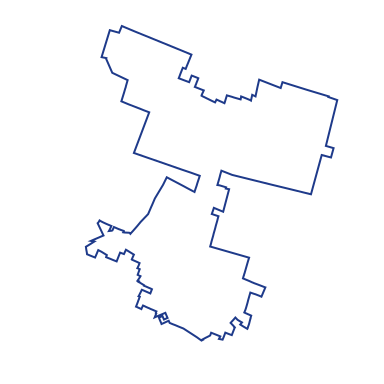 Escárcega, Campeche, Mexico, rotated 286°
{"feature_id": "50627088B69816273127262", "entity_name": "Escárcega", "entity_type": "district", "adm_level": 2, "iso_a3": "MEX", "parent_name": "Mexico", "parent_adm1": "Campeche", "projection": "orthographic", "projection_center": [-90.697, 18.582], "detail": "fine", "context": "isolated", "style": "outline", "palette": "blue", "viewbox_px": 384, "rotation_deg": 286, "n_neighbors": 0, "source": "geoboundaries", "source_scale": "gbopen_adm2", "svg_char_len": 5666}
<svg xmlns="http://www.w3.org/2000/svg" viewBox="0 0 384 384"><g transform="rotate(286 192 192)"><path d="M58.2,258.4L58.5,262.1L60.9,262.4L62.0,262.5L63.4,262.6L66.0,262.8L65.6,266.9L65.4,269.7L68.9,270.0L70.0,270.1L73.0,270.4L73.3,270.1L73.7,270.4L75.0,268.3L76.3,266.1L76.8,265.2L78.1,265.8L80.7,267.1L83.3,268.3L81.7,271.0L81.1,273.1L80.4,276.0L77.9,274.9L76.8,278.7L75.7,282.9L76.8,283.1L77.5,283.0L78.8,283.1L80.2,283.2L81.5,283.2L84.5,283.1L86.9,283.1L87.0,283.0L89.5,283.0L89.9,280.1L90.0,279.2L90.2,278.1L90.2,277.9L90.4,276.4L90.5,276.2L90.6,275.5L93.3,275.8L95.5,275.9L97.3,275.9L99.4,275.9L100.8,275.9L103.4,275.8L105.5,275.8L107.1,275.8L108.5,275.8L111.4,275.8L111.2,279.9L111.2,281.1L111.1,282.1L110.8,285.3L110.5,287.6L112.9,287.9L115.5,288.2L117.8,288.5L120.5,288.8L120.5,288.6L121.0,283.1L121.3,279.5L121.5,276.6L121.6,276.2L121.8,274.1L122.0,273.1L122.3,270.9L122.6,268.2L123.0,264.8L125.6,264.8L126.5,264.9L127.3,264.8L128.2,264.9L129.1,264.9L130.6,264.9L134.9,264.9L137.0,264.9L138.9,264.9L140.6,264.9L144.6,265.0L144.6,254.4L144.6,240.6L144.6,229.9L144.6,224.5L147.3,224.5L150.0,224.4L153.3,224.4L155.8,224.4L158.0,224.3L160.2,224.3L163.3,224.3L166.4,224.2L168.5,224.2L171.2,224.2L173.9,224.1L176.0,224.1L176.2,219.1L176.3,217.8L176.3,217.3L176.3,217.1L180.1,217.3L182.8,217.4L181.6,227.4L204.9,226.9L204.6,223.5L205.9,223.5L206.0,216.7L205.7,214.5L207.1,214.5L211.2,214.5L213.7,214.5L213.8,214.5L216.2,214.4L216.5,214.4L219.1,214.4L220.6,214.4L219.5,225.9L221.0,267.0L221.7,283.6L222.6,307.0L263.3,306.5L263.5,316.1L273.2,316.0L273.2,308.0L320.4,306.3L320.9,296.9L321.6,297.0L321.8,281.4L321.9,274.0L322.5,248.7L316.4,248.6L317.1,240.7L318.5,225.6L310.9,226.0L301.4,226.7L302.0,223.1L296.1,223.5L296.4,222.5L296.5,221.4L296.7,219.8L296.8,219.0L297.1,216.1L297.4,212.9L296.6,213.0L295.8,213.1L294.9,213.2L294.4,213.2L294.4,211.9L294.4,210.6L294.4,209.7L294.4,209.3L294.4,207.9L294.4,207.3L294.4,206.1L294.5,204.2L294.5,201.9L294.5,199.5L294.5,198.9L289.3,198.8L288.3,198.8L287.3,198.8L286.3,198.7L286.8,195.6L287.0,193.9L287.1,193.5L287.6,190.1L286.6,189.9L285.5,189.7L284.5,189.5L285.0,186.4L285.5,183.6L285.9,181.5L286.1,180.2L286.3,179.3L286.9,175.8L287.2,174.6L288.4,174.6L288.6,174.7L288.9,174.7L290.1,174.9L291.4,175.1L292.0,175.2L292.9,175.3L293.0,174.0L293.8,165.8L294.3,165.9L294.8,165.9L295.4,166.0L295.9,166.0L296.4,166.1L297.0,166.2L297.8,166.2L299.0,166.3L300.6,166.5L303.1,166.7L303.2,166.2L303.3,165.1L303.7,161.1L303.8,159.6L296.8,159.0L297.2,153.7L297.7,147.9L299.9,148.1L302.6,148.3L304.7,148.5L306.9,148.7L308.9,148.9L308.6,152.0L311.9,152.3L315.2,152.7L316.5,152.8L317.2,152.9L323.9,153.6L325.6,138.5L330.6,92.3L332.2,78.8L325.0,78.0L324.9,68.4L296.7,67.9L297.1,72.8L296.3,72.8L284.6,82.5L281.8,99.3L278.8,99.3L275.7,99.3L274.1,99.4L273.0,99.3L270.1,99.3L268.9,99.3L259.7,99.1L258.8,106.9L257.6,120.3L257.3,122.9L256.8,128.9L213.5,125.4L210.7,176.4L210.5,180.8L210.3,185.3L209.9,191.6L209.7,195.0L209.0,195.0L206.5,194.9L204.2,194.8L201.4,194.7L199.2,194.7L197.6,194.6L195.5,194.5L192.7,194.4L193.8,189.2L194.5,185.9L195.2,182.8L199.2,163.7L190.9,162.2L175.6,158.1L168.4,157.2L166.4,156.9L158.6,155.9L157.5,155.3L156.3,154.7L153.7,153.3L152.7,152.8L151.2,152.0L148.7,150.7L148.4,150.6L144.5,148.9L141.9,147.7L138.3,146.0L136.9,145.3L135.5,144.6L135.4,144.6L134.8,144.3L135.4,143.6L135.5,143.5L135.5,142.7L135.3,141.9L134.8,139.8L134.5,138.5L134.5,138.4L134.4,138.0L134.3,137.1L135.3,137.4L135.7,137.3L135.8,137.2L135.8,135.8L135.9,135.1L135.9,134.8L135.9,134.5L135.9,134.3L136.0,133.5L136.0,133.2L136.1,132.9L136.1,132.6L136.1,132.0L136.1,131.8L136.1,131.7L136.2,131.4L136.2,131.1L136.5,128.9L136.8,126.6L133.2,126.1L132.8,125.7L132.6,125.4L132.5,125.1L131.6,122.9L132.8,123.2L137.1,123.9L137.5,120.4L137.8,118.1L138.2,115.5L138.4,114.3L138.9,112.0L139.2,111.0L137.9,110.7L136.9,110.4L136.0,109.9L125.8,118.9L118.1,109.5L117.1,108.3L117.4,111.7L115.7,110.2L114.1,108.8L111.7,106.6L110.1,105.1L109.9,105.2L107.6,106.2L106.4,106.8L105.2,107.4L103.2,108.3L103.1,109.6L102.9,111.0L102.6,113.9L102.3,116.9L105.4,117.3L107.0,117.5L108.1,117.6L110.3,117.9L109.6,121.4L107.9,127.5L105.7,127.4L105.4,130.0L105.3,131.3L104.9,134.7L104.5,138.7L106.7,138.9L108.8,139.1L110.9,139.3L113.9,139.6L113.6,143.7L118.3,144.4L118.1,145.2L117.9,145.7L117.9,146.0L117.8,146.3L117.6,147.0L116.7,150.2L115.8,153.4L113.0,153.0L110.5,152.7L110.4,152.9L110.0,155.8L109.7,158.1L109.2,161.2L106.8,161.0L103.7,160.5L103.7,161.2L103.5,162.0L103.4,163.0L102.4,162.9L97.4,162.6L97.1,164.0L97.0,165.2L96.9,165.7L95.7,165.4L93.8,164.8L92.6,164.4L91.4,164.0L91.1,164.7L90.9,165.3L91.6,165.4L91.5,165.8L90.8,165.7L90.8,165.9L90.1,168.3L89.2,171.6L88.7,171.6L88.5,173.0L88.5,173.5L88.0,176.9L87.8,178.8L87.5,180.3L83.0,179.9L83.5,176.2L84.2,171.0L84.2,170.7L81.6,170.3L80.1,170.0L77.3,169.5L77.1,169.4L76.9,170.7L76.2,170.6L75.3,170.5L74.4,170.5L73.5,170.4L72.9,170.3L72.2,170.3L70.9,170.2L69.5,170.1L66.4,169.8L66.4,170.0L65.9,172.8L65.9,173.0L65.8,174.0L65.7,174.1L65.7,174.3L65.7,174.6L65.5,175.6L66.3,175.7L67.5,175.9L68.3,176.0L69.4,176.2L69.1,178.4L69.0,178.6L68.6,181.4L68.5,182.3L68.4,183.3L68.2,184.1L67.9,186.9L67.7,188.3L67.5,189.8L67.4,190.7L65.6,190.5L65.1,190.9L65.1,191.1L61.2,190.7L62.3,192.0L63.6,193.6L68.5,199.7L67.1,200.8L64.2,203.2L61.7,200.2L64.6,197.8L62.1,194.9L60.6,196.0L59.2,197.1L58.5,197.7L57.4,198.6L56.7,199.1L58.2,200.9L60.4,203.4L61.8,205.1L60.0,206.6L59.6,209.9L59.4,212.5L58.9,216.6L58.4,221.4L55.6,230.6L54.1,235.5L53.6,237.1L53.3,237.9L53.0,238.7L51.8,242.1L52.8,243.1L53.0,242.6L55.9,245.6L56.7,246.5L58.1,248.0L59.1,249.0L62.0,249.2L61.5,254.4L61.0,259.0L58.2,258.4Z" fill="none" stroke="#1e3a8a" stroke-width="2"/></g></svg>